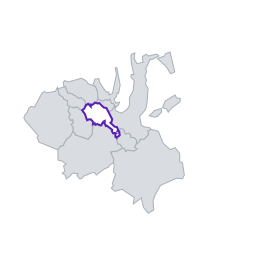 Austria highlighted, orthographic projection, rotated 232°
{"feature_id": "AUT", "entity_name": "Austria", "entity_type": "country or territory", "adm_level": 0, "iso_a3": "AUT", "parent_name": "Europe", "parent_adm1": "", "projection": "orthographic", "projection_center": [13.446, 47.7], "detail": "coarse", "context": "with_neighbors", "style": "outline", "palette": "violet", "viewbox_px": 256, "rotation_deg": 232, "n_neighbors": 10, "source": "natural_earth", "source_scale": "50m", "svg_char_len": 5498}
<svg xmlns="http://www.w3.org/2000/svg" viewBox="0 0 256 256"><g transform="rotate(232 128 128)"><path d="M109.4,94.7L111.9,97.3L119.9,99.5L116.6,105.2L115.4,111.4L113.7,112.7L111.1,111.7L111.1,113.9L106.3,118.4L105.9,122.3L108.8,121.2L110.6,125.2L110.1,127.7L111.6,131.1L109.3,133.5L110.3,140.4L113.6,141.7L112.6,145.5L106.6,149.9L94.4,146.3L85.0,147.9L83.6,153.0L76.1,153.1L69.6,148.0L67.1,149.5L56.3,143.5L54.5,139.7L58.6,135.2L62.8,118.4L58.6,108.2L55.3,103.0L47.5,97.8L48.4,91.5L55.9,91.3L64.7,95.4L64.9,85.4L69.4,90.1L83.3,85.6L86.1,78.8L91.0,77.8L91.4,80.9L93.9,81.4L99.3,89.8L102.2,89.4L107.8,94.8L109.4,94.7ZM120.4,155.3L124.6,152.2L125.4,159.7L122.9,166.3L120.0,164.3L118.9,158.4L120.4,155.3Z" fill="#d9dde1" stroke="#a8b0b8" stroke-width="1"/><path d="M201.7,54.7L202.5,58.4L204.4,61.5L204.8,64.9L202.0,67.1L208.5,81.9L208.3,84.4L205.7,85.7L201.6,93.5L203.5,97.3L196.5,94.2L192.6,95.8L189.9,95.2L186.7,97.3L183.6,94.5L181.4,95.8L178.1,91.2L174.0,90.9L173.3,88.2L169.4,87.4L168.7,89.7L165.6,88.0L165.9,85.6L161.7,85.0L159.0,82.3L156.7,76.8L157.1,73.8L155.7,69.1L153.8,66.1L155.2,63.7L153.9,59.3L171.4,49.3L176.5,50.5L177.0,52.5L197.4,51.6L200.1,52.2L201.7,54.7Z" fill="#d9dde1" stroke="#a8b0b8" stroke-width="1"/><path d="M200.2,103.0L203.7,104.9L204.4,107.2L201.0,109.4L195.9,121.9L191.3,124.0L187.5,123.9L180.9,128.0L175.8,126.6L169.2,122.1L167.9,119.2L166.9,119.1L168.6,113.4L167.4,111.6L170.7,111.5L171.0,107.9L176.3,110.8L181.1,109.4L181.4,107.6L189.7,104.8L192.7,102.0L199.1,104.0L200.2,103.0Z" fill="#d9dde1" stroke="#a8b0b8" stroke-width="1"/><path d="M153.9,59.3L155.2,63.7L153.8,66.1L155.7,69.1L157.1,73.8L156.7,76.8L159.0,82.3L156.6,83.2L155.2,82.2L143.7,89.6L145.2,95.9L151.3,101.8L149.3,105.8L147.2,106.9L148.0,112.6L147.4,114.0L145.6,112.2L142.8,111.9L138.6,113.4L133.4,112.9L132.5,115.1L129.6,112.6L127.8,113.0L121.7,110.0L120.4,111.8L115.4,111.4L116.6,105.2L119.9,99.5L111.9,97.3L109.4,94.7L110.1,91.0L109.2,88.9L110.4,83.1L110.4,74.0L113.6,74.2L115.3,71.1L117.3,63.3L116.6,60.3L117.8,58.6L122.1,58.4L122.9,60.4L126.7,56.3L125.8,53.0L125.9,48.1L129.6,49.5L132.8,48.3L132.8,51.7L137.8,53.9L137.6,57.0L142.9,55.5L145.8,53.1L153.9,59.3Z" fill="#d9dde1" stroke="#a8b0b8" stroke-width="1"/><path d="M169.2,122.1L175.8,126.6L180.9,128.0L183.1,126.5L186.9,132.1L184.7,135.5L181.8,133.8L172.3,133.0L169.4,133.3L168.1,135.2L165.9,133.3L164.7,136.9L177.4,152.0L183.2,154.9L182.6,156.4L166.7,148.3L161.2,142.0L162.5,141.3L159.6,137.7L159.4,134.8L155.4,133.5L153.6,137.3L151.8,134.4L152.1,131.2L156.4,131.5L157.5,130.0L162.0,131.5L161.9,129.0L164.0,128.1L164.5,124.6L169.2,122.1Z" fill="#d9dde1" stroke="#a8b0b8" stroke-width="1"/><path d="M127.8,113.0L126.9,116.6L132.6,118.7L132.0,122.3L129.3,123.6L124.9,122.3L123.4,125.7L120.5,125.8L119.5,124.4L116.0,127.1L113.0,127.3L110.6,125.2L108.8,121.2L105.9,122.3L106.3,118.4L111.1,113.9L111.1,111.7L113.7,112.7L115.4,111.4L120.4,111.8L121.7,110.0L127.8,113.0Z" fill="#d9dde1" stroke="#a8b0b8" stroke-width="1"/><path d="M132.6,118.7L136.1,120.1L136.9,118.4L142.8,117.1L144.1,120.1L152.6,122.4L152.0,126.7L153.5,130.4L148.6,129.1L143.6,132.2L143.1,139.0L145.1,143.4L151.0,147.8L154.2,155.0L161.4,161.9L166.5,161.7L168.2,163.6L166.4,165.4L177.3,170.7L183.2,174.8L183.9,176.4L182.9,179.6L179.0,175.7L173.1,174.6L170.6,180.3L175.5,183.3L174.9,187.8L172.1,188.5L168.7,196.0L165.8,196.7L167.1,189.4L168.5,187.6L163.6,178.4L160.8,177.3L158.8,173.6L154.5,172.1L151.6,168.7L146.8,168.1L135.9,158.3L131.7,153.2L130.1,144.5L122.1,140.2L119.2,141.2L115.3,145.0L112.6,145.5L113.6,141.7L110.3,140.4L109.3,133.5L111.6,131.1L110.1,127.7L110.6,125.2L113.0,127.3L116.0,127.1L119.5,124.4L120.5,125.8L123.4,125.7L124.9,122.3L129.3,123.6L132.0,122.3L132.6,118.7ZM152.5,195.9L164.7,194.0L162.3,200.8L163.4,203.4L162.0,207.9L143.4,199.4L144.5,195.0L152.5,195.9ZM119.3,170.2L122.7,167.7L126.4,174.1L125.0,185.4L121.9,184.7L119.0,187.4L116.6,185.0L116.9,174.6L115.7,169.5L119.3,170.2Z" fill="#d9dde1" stroke="#a8b0b8" stroke-width="1"/><path d="M152.6,122.4L157.6,123.0L160.6,121.0L165.8,120.6L166.9,119.1L167.9,119.2L169.2,122.1L164.5,124.6L164.0,128.1L161.9,129.0L162.0,131.5L157.5,130.0L156.4,131.5L152.1,131.2L153.5,130.4L152.0,126.7L152.6,122.4Z" fill="#d9dde1" stroke="#a8b0b8" stroke-width="1"/><path d="M202.2,96.9L199.1,104.0L192.7,102.0L189.7,104.8L181.4,107.6L181.1,109.4L176.3,110.8L171.0,107.9L170.3,104.9L171.4,101.8L175.9,100.8L179.3,95.4L183.6,94.5L186.7,97.3L189.9,95.2L192.6,95.8L196.5,94.2L202.2,96.9Z" fill="#d9dde1" stroke="#a8b0b8" stroke-width="1"/><path d="M159.0,82.3L161.7,85.0L165.9,85.6L165.6,88.0L168.7,89.7L169.4,87.4L173.3,88.2L174.0,90.9L178.1,91.2L181.0,95.3L177.3,97.5L175.9,100.8L171.4,101.8L170.7,103.8L168.0,102.2L165.3,102.8L160.8,100.2L155.6,104.6L145.2,95.9L143.7,89.6L155.2,82.2L156.6,83.2L159.0,82.3Z" fill="#d9dde1" stroke="#a8b0b8" stroke-width="1"/><path d="M127.3,115.2L128.0,113.5L127.4,113.0L128.7,112.6L131.3,114.6L131.2,115.3L132.3,114.6L132.8,113.0L135.3,113.3L136.3,114.5L143.1,112.7L143.2,111.8L146.0,112.3L147.9,114.0L148.2,112.4L147.2,111.8L147.6,110.4L146.5,108.7L146.8,108.0L150.0,106.3L150.7,104.3L152.1,104.7L152.6,102.7L153.9,104.2L157.6,104.1L158.9,102.6L159.3,100.6L165.5,102.6L170.2,102.8L170.2,105.6L172.0,108.9L171.7,111.5L167.9,111.9L169.5,113.1L168.1,114.3L168.4,117.6L165.9,119.2L165.5,120.7L159.1,121.5L157.1,123.3L144.7,121.0L142.8,118.6L142.9,117.4L137.4,118.2L135.4,119.9L132.6,119.0L132.1,117.9L130.7,119.0L127.5,117.1L127.3,115.2Z" fill="none" stroke="#5b21b6" stroke-width="2"/></g></svg>